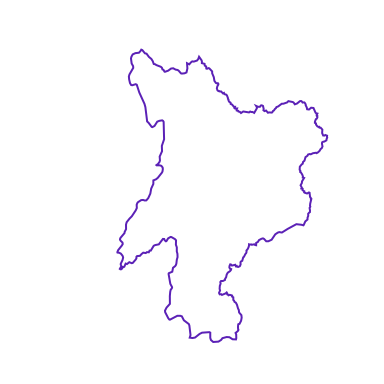 Nhu Xuan, Thanh Hóa, Vietnam, rotated 27°
{"feature_id": "81297802B29351066345319", "entity_name": "Nhu Xuan", "entity_type": "district", "adm_level": 2, "iso_a3": "VNM", "parent_name": "Vietnam", "parent_adm1": "Thanh Hóa", "projection": "equal_earth", "projection_center": [105.405, 19.598], "detail": "fine", "context": "isolated", "style": "outline", "palette": "violet", "viewbox_px": 384, "rotation_deg": 27, "n_neighbors": 0, "source": "geoboundaries", "source_scale": "gbopen_adm2", "svg_char_len": 5963}
<svg xmlns="http://www.w3.org/2000/svg" viewBox="0 0 384 384"><g transform="rotate(27 192 192)"><path d="M298.1,303.4L297.8,302.1L296.0,298.8L294.8,297.8L295.9,295.3L296.0,293.8L295.5,293.5L294.3,291.5L293.4,289.3L293.3,288.7L294.2,287.9L294.2,284.5L293.3,281.4L291.9,279.3L288.7,278.0L287.2,275.8L286.0,275.0L283.2,272.0L281.3,270.7L279.8,270.6L278.9,269.8L277.8,269.4L276.6,267.1L275.2,267.0L275.1,266.4L274.5,266.0L272.3,266.5L271.4,267.5L270.6,267.1L269.9,267.2L269.5,266.4L268.5,265.8L268.0,267.1L265.4,270.1L264.4,269.8L263.2,270.6L262.4,270.1L261.9,269.6L261.7,267.0L260.6,265.8L259.4,263.0L259.1,260.7L258.1,259.4L258.3,258.1L259.9,257.3L261.3,255.4L260.9,254.3L261.1,252.5L260.4,249.8L260.5,247.6L261.8,245.3L262.1,243.8L261.9,242.9L260.6,243.1L259.5,242.2L259.0,240.8L258.9,239.1L259.6,238.9L261.0,239.4L263.6,237.2L264.8,238.3L265.5,237.6L266.0,238.1L267.2,237.8L268.3,236.4L268.2,234.5L267.1,232.6L267.1,231.8L268.0,230.5L267.3,227.0L267.7,226.2L267.7,223.0L268.0,221.9L267.8,220.7L267.1,219.4L267.5,217.7L267.5,215.9L267.2,214.2L266.6,212.7L267.5,212.6L268.5,211.8L269.2,211.9L271.3,210.3L272.3,210.6L273.3,210.3L272.3,208.2L273.4,206.5L273.5,204.5L275.1,202.2L276.3,201.1L277.5,201.1L280.5,202.2L282.4,201.2L284.6,198.4L285.4,191.9L286.9,189.2L288.0,188.1L290.5,187.3L294.1,181.3L299.6,173.3L304.4,171.5L306.4,171.1L306.5,170.5L306.3,166.8L307.4,164.1L306.6,162.4L306.4,160.5L305.4,158.7L305.7,157.3L306.2,156.4L305.6,155.0L304.0,152.8L304.1,151.4L303.4,150.7L302.6,148.7L301.5,144.1L301.0,144.2L300.4,143.2L299.4,142.8L297.1,139.3L296.4,139.3L295.2,141.1L292.6,141.5L292.1,141.4L291.8,140.4L289.7,140.2L289.1,138.9L287.9,139.2L287.9,138.3L285.7,136.7L285.8,134.1L285.2,132.6L285.5,128.6L284.1,128.8L283.8,127.8L282.3,126.4L279.9,125.0L279.2,125.0L278.9,123.9L277.8,123.3L276.6,120.5L277.2,117.6L277.8,116.5L277.3,114.9L278.0,113.0L277.3,109.4L278.4,107.3L278.4,105.9L279.7,104.7L280.7,104.5L282.2,102.5L284.7,100.7L285.4,100.8L286.2,99.6L287.0,97.4L287.1,95.3L287.7,94.1L287.6,92.2L285.9,90.0L285.4,88.7L286.1,87.6L287.0,87.0L288.3,85.0L287.8,83.4L287.8,82.2L287.2,81.5L286.8,80.5L284.9,80.7L284.4,81.6L283.2,82.1L281.2,80.4L279.8,77.2L277.4,76.3L276.4,76.8L275.7,76.2L275.2,76.6L273.9,76.6L271.9,75.6L271.3,74.6L270.1,74.6L269.6,73.5L269.3,70.9L269.8,70.2L269.9,68.8L269.1,67.3L268.6,67.5L268.1,66.9L268.1,65.2L266.8,65.5L266.0,65.2L262.1,62.0L259.9,62.8L258.8,65.4L257.0,66.0L255.9,64.6L253.9,63.1L253.5,62.3L251.9,61.3L251.3,61.2L249.9,62.1L248.8,61.5L247.9,61.4L246.9,62.1L245.4,65.5L243.8,67.2L242.0,66.2L240.9,66.1L236.6,67.3L236.1,69.0L233.4,71.8L231.9,72.6L229.9,76.7L228.7,78.0L228.7,79.2L228.2,80.3L228.0,82.1L227.4,83.0L227.4,84.1L227.1,85.0L224.5,86.1L223.7,86.9L221.0,85.8L219.9,87.0L218.5,86.7L218.2,85.5L216.2,83.1L214.8,83.1L214.1,83.6L213.8,85.3L212.1,86.1L210.1,86.2L211.2,86.9L211.8,88.0L211.5,93.3L209.6,93.2L208.6,93.8L207.3,93.9L206.7,95.2L201.1,97.0L199.8,99.4L198.4,98.9L196.8,99.2L196.3,98.7L194.8,99.1L194.3,98.4L194.2,97.1L192.3,98.1L191.8,98.0L191.6,96.6L190.7,97.1L188.1,95.9L186.5,96.0L185.8,94.9L184.1,94.7L183.0,93.9L182.5,93.0L181.7,92.7L181.4,92.0L179.4,90.2L178.4,89.7L176.6,90.1L175.5,89.2L174.9,90.1L172.2,89.2L171.3,89.8L170.4,89.7L169.8,90.1L168.5,89.8L167.1,88.4L166.6,86.4L166.7,84.3L166.3,83.6L165.6,83.3L164.9,83.9L163.8,84.0L161.5,82.8L159.3,79.8L156.1,77.1L155.2,75.4L151.3,74.0L150.5,74.1L149.4,75.4L148.7,75.5L147.6,73.7L146.0,73.6L145.0,72.1L142.3,72.7L141.5,71.1L140.7,70.3L136.9,68.3L137.2,70.7L136.8,72.6L134.4,75.0L132.9,75.5L132.2,77.0L131.6,79.5L129.1,79.5L131.8,84.0L132.8,88.0L131.5,89.6L129.2,91.1L128.3,91.3L125.1,90.0L123.8,89.8L121.8,90.4L119.1,90.3L117.3,91.5L115.7,94.7L113.3,97.2L112.8,97.2L111.1,96.1L110.0,96.2L108.7,94.9L107.3,94.6L102.5,95.1L101.3,94.9L99.8,95.3L97.7,93.3L95.4,91.9L92.3,91.2L88.7,89.4L87.1,89.8L83.3,88.1L82.2,88.2L82.1,89.9L81.5,92.0L78.5,94.0L76.7,96.3L76.6,98.9L77.0,100.7L79.9,104.9L82.4,106.6L83.3,108.1L82.9,115.6L83.3,117.7L84.8,120.1L87.3,123.1L89.2,124.3L90.3,124.0L92.9,121.5L94.1,121.5L99.9,127.3L109.6,135.0L111.9,137.5L120.0,149.5L122.0,150.1L126.5,152.3L127.2,152.2L128.6,150.2L129.1,145.1L130.6,143.4L132.9,141.7L134.0,141.8L134.9,142.4L143.2,157.7L144.2,164.6L146.8,169.3L147.1,175.1L149.1,178.4L149.4,179.8L149.0,182.4L148.1,184.2L148.4,184.3L151.1,182.9L152.8,182.6L154.7,183.5L155.6,184.8L156.4,187.2L156.4,188.4L155.1,194.9L154.2,197.0L152.3,199.2L153.9,202.4L154.1,207.5L155.6,212.4L155.8,217.3L155.1,220.2L153.8,221.0L152.0,221.3L150.4,222.3L148.5,225.6L148.3,226.7L148.5,228.5L150.1,231.3L150.2,234.0L149.4,241.0L148.4,244.1L147.5,248.6L148.0,251.0L150.1,255.0L150.1,258.0L150.5,259.3L149.1,265.3L149.2,266.5L149.5,267.2L150.7,267.9L153.0,268.6L153.9,269.8L153.8,271.5L152.6,277.3L152.8,279.5L153.1,279.8L154.7,279.2L156.6,279.2L159.0,280.3L159.8,281.0L160.4,281.7L161.0,284.2L161.1,288.3L161.5,289.1L162.5,289.8L162.7,290.4L162.6,293.3L163.3,293.4L164.1,292.9L164.5,291.7L164.0,290.4L165.2,289.9L165.6,289.3L165.4,285.9L166.8,285.7L168.0,283.0L170.6,282.8L171.4,282.1L172.5,277.8L172.6,276.4L171.9,274.9L172.2,274.0L174.6,272.5L175.2,270.2L176.1,268.2L178.5,267.4L179.1,266.1L180.9,265.3L180.8,263.5L181.9,262.9L182.3,257.3L183.3,256.0L186.2,253.7L187.4,247.0L188.6,246.5L189.6,247.4L191.1,247.8L191.5,247.4L191.8,244.1L193.3,241.8L194.1,241.5L198.2,241.7L199.7,242.3L201.6,246.3L203.6,248.2L205.4,251.8L207.1,253.7L208.7,256.6L209.2,259.2L210.6,263.0L210.8,264.6L210.6,265.8L209.5,268.1L210.6,272.0L208.2,274.9L208.3,275.6L214.4,283.7L217.3,285.7L217.7,286.3L217.7,287.3L217.4,288.8L217.9,290.8L219.5,294.8L223.1,301.7L221.8,306.5L221.8,310.0L222.7,311.3L228.1,315.2L229.6,315.9L230.3,315.8L235.1,309.0L237.8,307.6L239.4,307.4L243.0,310.0L249.1,311.1L250.3,312.2L255.6,320.1L256.1,322.8L258.7,321.9L260.8,320.3L263.2,315.0L264.8,312.8L271.1,309.0L272.1,309.0L274.5,313.7L276.1,315.3L279.0,316.0L283.5,313.3L285.1,310.6L285.5,308.4L288.7,305.5L291.3,304.4L295.0,304.8L298.1,303.4Z" fill="none" stroke="#5b21b6" stroke-width="2"/></g></svg>